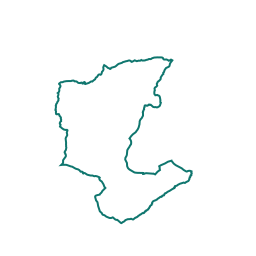 outline of Tasco, Boyacá, Colombia, rotated 45°
{"feature_id": "7082276B19242876050337", "entity_name": "Tasco", "entity_type": "district", "adm_level": 2, "iso_a3": "COL", "parent_name": "Colombia", "parent_adm1": "Boyacá", "projection": "natural_earth1", "projection_center": [-72.717, 5.898], "detail": "fine", "context": "isolated", "style": "outline", "palette": "teal", "viewbox_px": 256, "rotation_deg": 45, "n_neighbors": 0, "source": "geoboundaries", "source_scale": "gbopen_adm2", "svg_char_len": 5869}
<svg xmlns="http://www.w3.org/2000/svg" viewBox="0 0 256 256"><g transform="rotate(45 128 128)"><path d="M69.6,167.1L70.9,167.8L72.0,167.8L73.2,168.1L73.6,168.5L73.9,169.0L74.6,169.2L75.0,169.5L75.3,170.0L75.9,170.5L75.7,171.2L76.3,172.8L77.0,173.3L78.0,173.4L78.9,175.1L79.8,174.9L81.1,174.9L83.5,174.5L85.1,173.6L86.1,172.5L86.7,172.4L87.0,172.6L87.9,174.5L89.6,175.6L90.2,176.2L90.9,178.7L91.4,179.6L94.9,182.4L95.5,183.2L96.5,184.0L97.2,184.8L98.2,185.4L98.6,186.0L99.6,187.5L100.0,189.4L100.6,190.2L101.6,190.3L101.9,190.7L102.3,190.7L103.1,191.0L104.0,191.9L104.2,192.5L104.8,196.3L105.0,196.8L106.7,198.5L106.9,199.5L106.9,201.4L108.0,200.0L110.5,197.6L114.9,195.5L115.9,194.8L119.7,193.8L122.1,192.5L123.5,192.2L125.3,192.4L125.7,192.2L126.1,191.5L126.9,191.2L127.2,191.2L127.8,191.7L128.1,191.8L128.5,191.8L128.7,190.9L129.1,190.6L129.5,190.4L132.0,189.9L132.8,189.5L135.1,188.1L136.5,186.7L138.2,186.0L139.0,184.9L140.2,184.1L142.3,183.2L143.1,183.1L143.5,184.2L144.8,184.7L145.7,184.7L147.3,184.4L150.6,185.2L152.9,186.3L154.4,186.4L154.4,190.6L154.8,192.0L154.9,192.8L154.8,194.2L155.1,195.1L153.8,197.1L153.1,198.5L153.1,199.5L153.5,200.0L156.7,201.8L158.7,202.0L159.4,202.4L162.1,204.3L167.0,206.8L169.7,206.7L171.0,207.2L171.4,207.2L173.1,206.3L175.4,206.0L178.3,204.8L178.9,204.4L179.9,203.3L180.3,202.1L180.6,201.9L183.6,201.7L184.6,201.3L185.4,200.5L189.8,200.2L190.5,200.0L190.7,199.5L190.8,198.3L191.1,197.7L191.3,196.9L191.4,196.1L191.3,195.0L192.3,192.7L194.0,190.8L194.2,190.2L194.5,189.9L195.9,189.4L196.4,188.9L196.6,186.4L196.9,186.0L197.0,185.2L197.3,184.8L197.5,183.5L197.4,182.7L197.8,181.6L197.8,180.7L198.1,180.2L198.3,178.6L198.7,177.3L199.2,177.2L199.4,176.7L199.3,175.9L199.0,174.9L199.0,174.7L199.4,174.4L199.4,173.8L199.2,173.5L199.5,173.1L199.5,172.3L199.9,171.3L199.5,170.7L199.6,169.8L199.2,169.1L199.2,168.1L198.9,167.8L198.8,167.3L198.8,166.7L199.1,165.9L198.5,164.8L198.6,164.4L198.0,164.0L197.6,162.6L197.6,162.0L198.1,160.5L198.7,159.5L198.8,158.6L199.1,158.1L199.0,157.1L199.4,155.4L199.6,153.7L200.4,153.0L200.4,152.2L200.1,151.7L200.2,151.3L201.0,150.4L201.0,149.9L200.5,149.2L200.6,148.6L200.4,147.9L201.0,146.8L201.0,145.9L201.4,144.2L201.8,143.3L202.6,139.6L202.9,138.8L202.8,138.0L203.3,137.7L203.2,136.9L202.5,136.5L202.3,136.0L203.3,134.3L203.5,132.7L204.3,130.3L204.7,129.7L205.9,127.3L207.1,126.6L207.4,124.9L208.1,123.0L208.1,122.3L207.5,120.6L206.9,120.2L206.8,119.1L206.6,119.0L206.7,118.8L206.2,117.9L206.2,117.6L206.0,117.4L206.1,117.0L205.7,117.0L205.7,116.4L205.3,115.2L205.0,114.9L204.3,114.9L204.1,114.6L203.9,114.0L203.6,113.7L202.0,114.5L201.5,115.0L200.8,116.0L200.4,117.2L199.7,117.6L197.0,118.3L194.5,118.5L188.1,120.5L185.9,120.8L184.8,120.8L183.8,120.6L182.5,120.6L181.9,120.3L180.1,123.6L179.2,127.0L177.6,131.0L177.1,133.0L178.4,133.6L178.9,134.0L179.2,134.5L180.3,135.1L179.8,137.9L180.0,141.6L178.4,142.2L178.4,142.3L172.9,147.0L172.1,148.1L171.8,149.1L171.2,149.8L170.5,149.1L166.3,153.1L164.6,154.5L163.9,154.9L158.5,156.3L157.1,156.4L156.1,156.3L154.4,155.6L152.0,153.5L148.4,152.3L147.3,151.0L146.6,148.6L146.1,147.7L143.2,144.2L142.7,142.4L142.4,140.6L141.8,138.7L141.7,137.6L141.4,137.0L140.2,135.7L139.4,135.1L137.4,134.4L136.5,134.4L136.0,131.7L135.9,129.1L136.4,125.6L136.1,123.9L135.9,122.3L135.2,120.2L133.4,117.1L133.1,116.9L132.7,116.3L131.5,115.0L130.8,113.2L130.7,111.3L129.9,108.7L128.0,106.8L127.5,106.6L127.4,106.2L127.1,106.0L127.0,105.6L126.8,105.5L126.8,105.1L126.2,103.9L126.2,103.4L125.3,102.7L125.1,102.2L125.1,101.8L124.4,101.1L124.0,100.3L124.1,99.9L124.5,99.8L124.7,99.4L125.1,99.1L125.3,99.1L125.8,98.8L126.1,97.9L126.1,97.3L126.3,97.2L126.3,96.9L126.5,96.9L126.6,96.3L127.4,96.0L127.6,95.5L130.9,95.3L132.0,94.6L132.7,93.7L133.9,93.0L134.4,92.2L134.4,91.8L134.8,90.5L134.7,89.6L133.4,87.0L133.1,87.1L132.6,86.9L131.2,85.4L129.4,84.1L128.0,83.3L126.9,83.3L126.0,83.8L125.4,83.9L124.2,85.5L123.8,85.4L123.0,85.4L122.5,85.2L121.6,84.4L120.7,83.3L120.5,82.6L120.2,82.5L119.7,81.9L118.8,81.3L118.6,80.8L118.5,80.1L118.8,78.7L118.7,77.4L117.6,76.8L117.0,76.2L116.8,75.2L116.5,74.8L116.4,73.7L116.6,73.0L116.6,70.7L116.1,69.8L115.6,69.4L115.4,69.1L115.0,67.4L114.7,65.7L114.8,64.8L113.9,64.1L113.8,63.8L113.9,63.2L113.7,62.6L113.2,61.8L112.8,60.7L112.5,58.6L113.5,55.9L113.5,55.0L112.8,53.7L112.3,53.1L112.0,52.2L111.7,50.7L111.7,50.0L111.5,48.8L110.3,49.1L109.9,49.5L109.7,50.7L109.3,51.6L108.0,51.8L106.7,52.4L105.1,54.1L104.1,54.2L103.0,53.8L102.4,54.0L101.7,54.5L98.9,57.2L96.7,59.7L95.7,61.7L95.5,62.9L95.1,63.5L94.1,64.3L93.6,65.7L92.8,66.9L92.1,68.4L90.4,70.2L89.3,70.5L89.1,71.6L88.8,72.1L88.0,72.7L87.0,74.5L86.4,74.8L84.9,75.4L84.1,78.2L83.8,78.7L83.5,78.8L83.0,78.6L81.9,78.9L81.3,79.2L80.7,79.9L80.1,81.2L79.3,82.3L78.8,83.3L77.8,85.1L77.6,86.3L76.0,89.3L75.8,90.5L75.7,92.5L75.5,93.7L75.0,94.7L73.6,97.2L73.8,98.5L73.6,98.9L72.3,99.2L71.3,99.7L69.2,99.8L66.7,100.4L66.8,100.8L67.6,102.6L69.2,103.8L69.5,104.3L69.8,105.2L69.9,106.7L70.6,107.8L71.1,108.9L71.0,109.7L69.9,110.3L69.6,110.8L69.5,111.4L70.0,113.9L69.7,114.9L69.8,115.6L70.3,116.8L70.0,118.6L69.9,120.4L69.3,120.8L69.0,121.2L68.4,123.9L66.7,127.1L66.1,127.3L65.5,126.3L65.1,126.2L64.7,126.3L64.4,127.1L64.7,128.1L64.7,128.3L64.5,128.7L64.2,128.8L63.3,128.6L62.9,128.9L62.7,129.2L62.5,130.0L61.3,131.0L60.7,131.3L59.0,131.4L58.2,131.8L57.2,132.8L56.4,132.8L55.8,133.1L54.9,134.2L54.5,135.1L51.4,138.3L49.9,140.4L49.3,141.9L48.2,143.1L47.9,145.3L48.2,145.6L49.4,145.6L50.1,145.8L50.6,146.1L51.0,146.7L51.6,148.9L52.9,150.0L53.4,150.8L53.7,151.7L53.6,152.9L54.3,152.8L54.6,153.0L55.3,153.7L56.1,155.4L57.2,156.0L58.1,156.2L58.5,156.9L59.3,157.7L59.6,158.9L59.6,159.4L60.1,160.3L60.4,162.1L60.9,162.5L61.2,163.4L62.2,164.0L63.1,165.4L63.8,165.9L63.9,166.6L65.2,167.0L65.5,167.3L65.8,167.8L67.2,168.9L67.9,168.7L68.8,167.5L69.3,167.1L69.6,167.1Z" fill="none" stroke="#0f766e" stroke-width="2"/></g></svg>